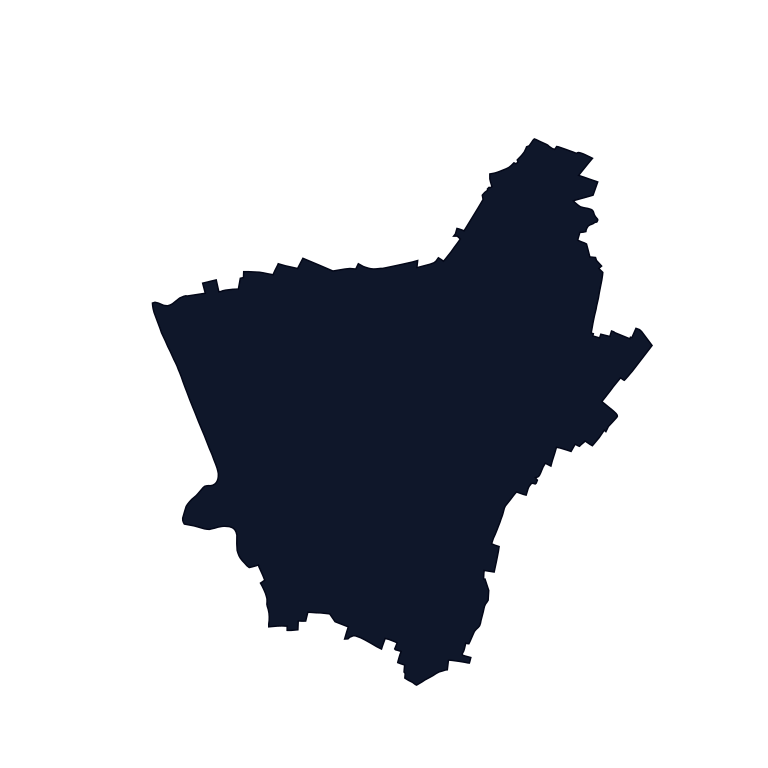 My Hao, Hưng Yên, Vietnam (Albers equal-area conic projection), rotated 107°
{"feature_id": "81297802B81471151736005", "entity_name": "My Hao", "entity_type": "district", "adm_level": 2, "iso_a3": "VNM", "parent_name": "Vietnam", "parent_adm1": "Hưng Yên", "projection": "albers", "projection_center": [106.098, 20.926], "detail": "fine", "context": "isolated", "style": "filled", "palette": "ink", "viewbox_px": 768, "rotation_deg": 107, "n_neighbors": 0, "source": "geoboundaries", "source_scale": "gbopen_adm2", "svg_char_len": 6171}
<svg xmlns="http://www.w3.org/2000/svg" viewBox="0 0 768 768"><g transform="rotate(107 384 384)"><path d="M576.3,534.0L575.2,524.1L575.1,520.0L575.0,513.4L574.6,510.8L574.1,508.5L573.0,506.7L571.3,503.7L569.4,500.9L567.6,497.4L566.7,495.2L565.6,490.2L565.7,487.4L566.1,485.7L567.1,483.9L568.8,482.2L571.5,480.5L579.7,478.1L586.0,475.8L588.4,474.2L590.8,472.3L592.5,470.5L594.4,467.8L596.1,464.8L597.9,461.9L598.9,459.2L597.4,456.6L595.1,453.0L593.8,451.2L595.7,449.9L599.4,446.6L602.6,443.8L606.5,440.7L610.5,443.9L612.7,441.6L615.6,438.9L618.8,436.2L621.3,434.5L623.6,433.1L626.4,432.2L628.9,431.6L630.9,430.5L633.2,428.9L636.7,427.0L640.1,425.7L643.6,424.7L647.4,424.0L649.9,423.2L646.7,415.3L645.2,410.9L643.9,405.8L647.9,404.6L646.9,401.1L644.2,394.5L635.9,396.7L635.4,395.8L634.7,392.9L633.6,389.6L630.4,389.8L624.5,390.1L623.7,386.9L622.7,382.4L621.4,377.6L619.7,368.7L625.6,361.3L626.7,347.1L631.7,347.2L639.4,347.1L638.2,343.9L636.2,342.8L635.4,341.8L633.8,339.9L633.2,338.0L633.3,335.5L633.5,332.0L634.3,327.4L635.6,321.3L637.3,314.2L638.2,308.9L635.2,308.9L627.0,308.5L626.8,304.6L627.3,298.1L627.7,295.7L634.2,296.3L634.8,295.3L634.7,292.4L634.7,289.4L638.2,289.6L641.7,289.6L645.6,289.5L646.4,289.4L646.6,286.3L646.7,282.1L650.6,281.3L653.6,280.6L654.6,279.1L659.1,278.1L660.2,274.0L661.0,269.4L662.2,266.2L662.4,264.8L657.6,260.4L655.0,258.3L651.2,254.5L648.5,251.9L645.6,249.5L643.2,247.1L641.4,244.3L639.4,241.4L638.8,239.9L629.5,241.6L629.0,241.0L628.4,238.0L627.3,231.4L626.5,225.5L626.2,222.2L625.9,220.8L624.4,220.8L620.2,221.0L620.3,223.6L620.4,226.5L620.4,228.5L620.2,229.8L619.1,230.3L616.0,229.7L613.3,229.7L610.6,229.9L607.9,230.1L607.9,228.4L607.6,226.9L605.1,226.5L597.3,225.6L594.2,225.2L591.8,224.2L589.2,222.7L587.2,221.9L584.6,221.8L581.9,222.1L572.7,222.5L569.2,222.8L566.9,222.9L564.4,222.5L562.9,221.9L560.3,221.2L550.8,223.5L541.0,230.4L541.5,231.7L535.4,233.3L533.9,233.5L533.0,233.8L531.6,223.7L521.1,224.6L516.1,225.1L510.5,225.7L505.8,226.4L505.7,231.2L505.3,234.4L499.7,234.3L495.1,233.7L490.6,233.3L486.2,233.0L482.4,232.7L478.6,232.6L475.4,232.4L473.2,232.4L467.5,232.6L465.2,232.3L457.6,229.3L454.0,228.0L450.7,226.7L448.5,225.7L448.8,218.4L448.7,215.6L441.7,215.6L439.5,215.3L436.6,214.2L435.8,213.6L435.4,212.4L435.4,210.2L434.4,209.5L431.1,209.2L430.2,210.7L429.2,211.9L428.3,210.3L427.3,209.2L425.6,208.6L423.1,208.2L420.7,208.0L416.8,207.6L412.6,206.6L413.7,200.4L408.4,200.6L400.1,200.5L394.1,200.6L393.7,196.8L393.7,189.6L393.8,185.4L385.7,183.6L386.4,179.9L386.4,178.8L385.4,178.4L383.9,177.5L381.0,175.6L379.7,175.1L381.5,169.3L382.1,166.7L379.8,165.7L372.5,162.6L363.8,159.9L364.7,157.9L359.0,157.0L351.2,153.2L347.7,151.6L346.6,151.4L345.6,151.9L344.4,153.4L342.9,156.4L341.9,158.7L340.2,163.0L338.6,166.8L337.5,169.6L337.0,170.5L334.2,169.4L324.0,165.5L319.7,164.0L315.5,162.3L308.9,159.6L310.1,156.1L310.2,155.3L308.7,154.5L305.0,152.8L302.1,151.6L299.2,150.3L268.8,138.9L258.5,153.0L257.3,155.5L257.1,159.3L267.2,160.5L267.2,162.0L268.9,162.1L267.4,178.4L266.9,179.5L266.8,181.9L272.5,181.9L273.0,191.2L276.9,191.3L277.0,198.4L274.7,198.5L274.7,199.8L274.6,200.8L268.6,201.5L264.6,202.0L260.5,202.4L257.3,202.7L250.4,203.1L247.2,203.5L239.0,204.1L233.8,204.8L221.0,206.1L215.7,206.9L213.3,207.4L210.7,212.4L207.6,210.4L203.7,217.0L201.2,218.7L202.3,224.3L200.0,225.7L196.2,228.0L190.9,231.3L190.5,233.6L190.3,237.0L190.0,239.6L189.6,240.9L181.7,241.0L181.3,239.7L180.4,237.6L179.2,235.5L178.0,235.7L176.9,235.7L175.3,235.5L173.2,234.9L172.0,233.9L171.3,233.2L170.7,232.3L169.2,230.6L168.1,229.9L167.4,228.9L167.2,228.4L166.9,227.9L166.4,227.7L164.7,227.5L164.0,227.9L162.1,230.8L160.6,232.4L158.1,234.1L157.2,235.1L156.6,236.3L156.5,237.6L156.5,240.4L156.8,242.8L157.0,244.6L157.1,247.1L157.0,248.3L156.7,249.3L155.9,251.6L154.1,255.6L153.6,256.4L152.4,255.0L142.3,239.3L128.3,238.7L127.6,258.9L113.6,253.3L112.4,252.8L107.2,250.6L106.0,258.3L105.7,260.5L105.6,262.5L105.6,264.4L105.8,265.8L106.3,266.6L107.2,267.5L106.9,270.7L106.7,274.9L106.5,278.4L106.2,286.4L106.4,288.3L108.1,288.8L109.8,289.5L109.6,292.1L108.5,295.6L107.7,297.2L107.4,298.6L107.0,301.6L106.5,305.5L105.8,309.9L105.7,311.9L107.4,312.8L109.5,313.4L113.8,314.8L115.5,317.0L117.2,317.1L121.2,317.7L125.3,319.3L130.8,322.1L132.6,320.7L134.8,322.2L134.5,324.4L137.9,326.2L140.4,327.9L142.4,330.0L147.7,336.6L149.4,339.0L150.3,340.5L152.2,344.2L157.0,342.7L159.6,341.2L163.2,338.8L163.6,338.4L165.0,339.5L165.3,341.1L167.2,342.1L168.5,341.6L171.4,343.7L174.7,345.2L178.6,343.2L188.1,345.5L214.1,352.2L213.9,354.8L213.8,357.8L213.9,359.7L219.6,359.6L222.2,360.6L221.2,357.2L223.0,353.4L227.6,354.9L232.3,356.6L238.1,358.5L242.6,360.3L246.5,361.8L249.2,363.0L248.3,365.6L247.4,368.9L251.3,370.2L253.4,371.6L256.0,375.0L262.5,385.5L263.0,386.6L256.1,387.9L259.1,392.6L264.1,401.4L268.0,408.4L272.3,416.2L273.8,419.0L274.4,420.9L276.3,425.4L277.1,427.7L277.6,430.3L277.8,432.5L277.8,436.0L277.7,438.1L276.5,443.7L279.1,444.1L282.3,444.6L283.5,450.3L285.5,455.0L290.9,465.9L289.3,480.5L287.5,498.3L298.8,500.4L299.8,512.9L299.9,518.7L299.9,520.3L301.3,520.4L306.9,521.4L310.5,521.9L311.9,521.9L312.5,526.7L313.0,532.0L313.5,535.7L316.1,546.0L317.6,551.0L323.3,549.5L324.9,552.3L335.8,551.0L337.7,556.4L340.5,562.8L342.0,565.5L343.3,567.1L344.1,568.9L333.5,574.9L340.6,586.9L349.5,581.4L350.0,582.5L357.4,597.9L357.6,599.3L358.6,601.0L361.5,604.5L365.4,607.2L369.1,609.7L370.8,611.4L372.5,613.8L373.2,617.6L372.6,623.4L372.8,626.9L374.3,629.1L376.6,628.2L379.5,626.8L382.8,624.8L388.7,620.3L396.5,614.3L400.0,611.8L403.2,608.9L406.7,605.7L411.4,601.7L415.4,597.9L422.2,591.9L424.7,589.5L427.4,587.1L430.4,584.8L433.0,582.6L436.8,579.6L440.3,577.1L445.3,573.3L449.6,569.9L456.0,565.0L462.2,560.0L466.7,556.3L473.9,550.6L480.2,545.4L485.7,540.8L496.7,532.1L501.8,527.8L506.3,524.4L509.8,521.6L513.0,519.2L515.9,517.4L518.2,516.2L521.0,515.4L522.9,515.1L525.0,515.1L527.1,515.5L529.1,516.5L530.9,518.2L532.0,520.2L532.5,522.1L533.2,523.8L534.2,525.5L536.0,526.7L543.4,529.9L545.7,531.0L550.5,534.1L553.4,535.5L556.4,536.7L558.9,537.4L564.9,537.4L571.1,537.3L573.4,536.5L574.8,535.5L576.3,534.0Z" fill="#0f172a" stroke="#020617" stroke-width="1.5"/></g></svg>